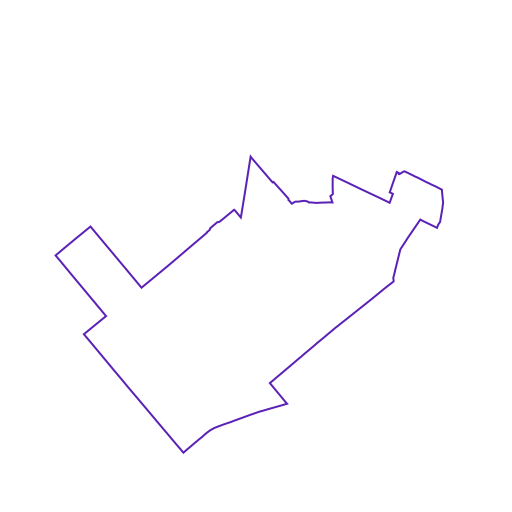 the district of Gheorghe Lazar, Ialomita, Romania, rotated 229°
{"feature_id": "2599482B83475283198024", "entity_name": "Gheorghe Lazar", "entity_type": "district", "adm_level": 2, "iso_a3": "ROU", "parent_name": "Romania", "parent_adm1": "Ialomita", "projection": "robinson", "projection_center": [27.442, 44.628], "detail": "fine", "context": "isolated", "style": "outline", "palette": "violet", "viewbox_px": 512, "rotation_deg": 229, "n_neighbors": 0, "source": "geoboundaries", "source_scale": "gbopen_adm2", "svg_char_len": 2973}
<svg xmlns="http://www.w3.org/2000/svg" viewBox="0 0 512 512"><g transform="rotate(229 256 256)"><path d="M309.9,74.8L309.7,74.8L298.3,74.6L261.2,73.8L254.9,73.7L234.9,73.3L232.8,73.3L232.1,73.3L210.7,73.0L193.4,72.7L178.5,72.5L165.9,72.3L160.5,72.3L155.2,72.2L155.2,74.9L155.2,77.4L155.1,84.6L155.1,87.1L155.0,89.9L155.0,92.4L154.9,94.4L154.8,96.6L154.9,99.3L154.8,103.5L154.6,106.2L154.4,107.4L154.3,108.2L154.1,109.0L153.8,110.5L153.4,112.1L152.2,115.5L151.5,117.4L149.9,121.6L148.2,125.8L147.5,127.3L145.9,131.8L145.6,132.5L144.7,134.9L144.1,136.4L143.3,138.5L142.8,139.8L142.3,141.2L141.3,143.7L140.7,145.3L139.5,148.4L138.7,150.4L137.3,153.9L136.8,155.2L135.9,157.3L135.0,159.0L133.2,163.0L131.3,167.1L128.9,172.2L127.0,176.2L124.2,182.3L124.1,182.5L126.8,182.5L143.2,182.9L151.0,183.1L150.7,202.6L150.6,210.7L150.5,220.4L150.4,223.6L150.4,229.4L150.4,229.7L150.2,239.0L150.2,246.1L150.1,248.2L150.0,251.5L149.9,257.9L149.7,269.0L149.6,270.1L149.4,275.7L149.1,281.2L148.6,292.9L147.7,313.4L147.6,316.8L147.1,332.7L146.5,343.1L146.9,343.5L147.6,344.1L149.1,345.0L149.6,345.5L150.4,346.7L151.1,347.7L151.9,348.9L153.8,351.5L166.2,369.1L166.7,370.6L167.0,371.8L167.5,373.4L168.1,375.6L170.2,382.8L175.7,403.9L173.0,404.9L170.2,406.1L167.9,407.1L163.9,408.8L158.5,411.1L159.6,413.1L160.2,414.5L160.3,414.7L160.9,417.2L166.3,423.8L166.4,424.0L167.6,425.4L169.3,427.5L171.8,430.3L173.7,432.4L175.2,433.4L177.9,435.3L181.0,437.5L183.6,439.4L184.0,439.8L190.6,437.2L195.7,434.9L196.0,434.8L197.0,434.4L199.7,433.2L204.4,431.3L206.5,430.5L208.9,429.5L209.6,429.3L209.9,429.0L210.2,428.8L218.7,425.3L222.4,423.6L222.7,423.4L223.2,421.1L223.5,418.9L223.8,417.8L224.1,417.5L224.5,417.6L224.9,418.2L226.9,417.5L227.1,417.4L225.1,414.0L222.2,408.9L216.3,398.7L213.1,400.1L208.5,391.8L220.6,386.6L227.8,383.4L239.9,378.1L252.0,372.9L265.9,366.8L264.2,364.7L260.6,361.6L257.9,359.2L252.4,354.7L252.3,354.4L252.3,354.2L252.4,351.4L246.6,348.9L246.3,348.8L247.1,347.9L249.2,345.5L249.9,344.6L250.9,343.3L251.6,342.6L254.2,339.3L255.7,337.4L256.6,336.2L259.7,333.3L261.2,331.6L261.4,331.3L261.6,331.1L261.8,331.0L262.1,331.0L262.4,331.0L262.8,330.8L263.5,330.6L263.8,330.3L265.0,329.4L265.5,329.1L266.0,328.5L267.1,327.1L268.4,324.9L269.3,323.6L270.4,322.3L271.0,321.6L271.4,320.7L271.7,318.9L271.9,317.7L272.0,317.3L275.6,317.4L276.9,317.2L277.6,317.8L277.9,318.1L289.1,318.0L300.4,317.8L300.5,317.3L300.7,316.8L332.8,317.0L334.5,317.1L311.0,289.1L303.0,279.5L297.1,272.4L295.0,269.8L304.2,270.0L305.1,270.0L305.3,269.8L305.3,269.6L305.3,267.1L305.5,260.4L305.6,255.6L305.8,250.9L306.0,250.4L306.8,249.1L306.9,248.9L307.0,239.6L306.3,238.6L306.1,238.0L306.1,236.4L306.1,235.0L306.1,234.6L305.8,234.3L305.8,234.1L305.8,231.1L306.1,206.7L306.3,185.7L307.0,156.2L307.2,148.8L307.5,148.8L320.3,149.1L377.6,150.2L386.8,150.4L387.4,131.8L387.8,113.0L387.9,105.1L380.3,105.0L360.5,104.5L345.5,104.2L309.0,103.4L309.3,94.7L309.9,74.8Z" fill="none" stroke="#5b21b6" stroke-width="2"/></g></svg>